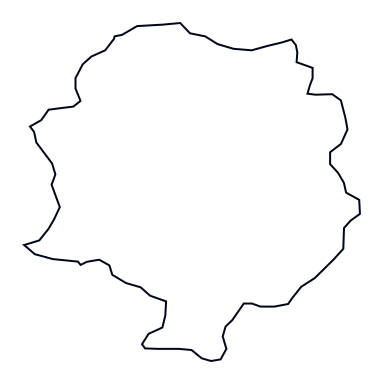 Hässleholm, Skåne, Sweden
{"feature_id": "70781695B37771083391359", "entity_name": "Hässleholm", "entity_type": "district", "adm_level": 2, "iso_a3": "SWE", "parent_name": "Sweden", "parent_adm1": "Skåne", "projection": "natural_earth1", "projection_center": [13.744, 56.208], "detail": "fine", "context": "isolated", "style": "outline", "palette": "ink", "viewbox_px": 384, "rotation_deg": 0, "n_neighbors": 0, "source": "geoboundaries", "source_scale": "gbopen_adm2", "svg_char_len": 1293}
<svg xmlns="http://www.w3.org/2000/svg" viewBox="0 0 384 384"><path d="M80.6,264.9L86.9,261.8L99.2,259.7L109.4,265.4L112.3,274.8L126.1,283.1L140.6,287.3L150.1,295.7L166.1,301.4L165.3,315.5L162.4,327.5L148.6,333.8L142.0,344.2L143.7,346.5L145.0,348.4L158.8,348.9L179.1,348.9L191.5,350.0L201.7,358.3L208.6,360.3L211.1,361.0L220.6,359.4L226.4,348.9L222.7,336.4L225.6,326.5L232.2,320.2L239.5,309.7L243.8,303.5L251.8,303.5L260.5,306.6L274.3,306.6L288.1,304.0L292.5,297.7L301.2,286.8L315.0,277.9L333.9,259.2L343.3,248.8L344.0,228.0L350.5,220.7L359.9,213.9L359.9,212.7L359.2,199.9L346.1,192.6L343.9,182.8L338.1,172.9L330.1,164.1L330.1,152.2L341.0,143.9L347.5,129.4L345.3,117.5L340.9,100.4L333.6,95.2L332.2,94.2L315.5,94.7L307.5,93.7L309.7,85.9L312.6,78.2L312.6,67.9L296.6,62.2L297.3,52.4L295.9,45.2L291.5,39.5L281.4,42.6L268.3,45.7L251.7,50.3L233.5,48.8L217.6,44.1L205.3,36.4L190.0,33.3L180.2,23.0L163.2,24.6L137.1,26.1L121.9,34.9L114.7,36.3L113.9,39.0L105.2,50.3L91.4,56.5L82.7,64.3L75.5,78.2L75.5,88.5L80.5,100.9L73.3,106.6L60.2,108.2L48.6,109.7L41.3,120.1L30.4,126.3L30.0,126.5L34.1,132.0L36.4,142.6L42.9,151.2L52.1,163.5L55.4,174.4L51.6,184.7L59.8,207.1L54.1,219.3L48.4,229.0L39.3,240.4L24.1,245.0L34.8,254.2L52.9,259.1L77.9,261.6L80.6,264.9Z" fill="none" stroke="#020617" stroke-width="2"/></svg>